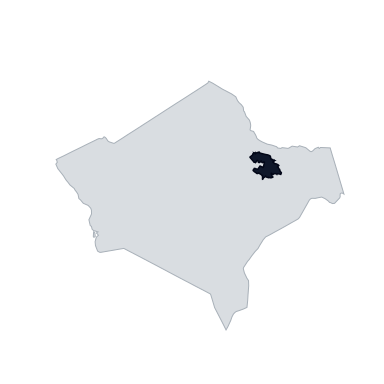 Turkana South, Rift Valley, Kenya (highlighted), rotated 118°
{"feature_id": "3690345B86728655085245", "entity_name": "Turkana South", "entity_type": "district", "adm_level": 2, "iso_a3": "KEN", "parent_name": "Kenya", "parent_adm1": "Rift Valley", "projection": "mercator", "projection_center": [35.73, 2.378], "detail": "fine", "context": "in_parent", "style": "filled", "palette": "ink", "viewbox_px": 384, "rotation_deg": 118, "n_neighbors": 0, "source": "geoboundaries", "source_scale": "gbopen_adm2", "svg_char_len": 7261}
<svg xmlns="http://www.w3.org/2000/svg" viewBox="0 0 384 384"><g transform="rotate(118 192 192)"><path d="M86.3,229.2L86.2,224.7L86.9,213.2L86.8,203.1L87.4,198.0L89.9,194.8L91.0,192.5L91.8,189.3L93.1,186.6L96.1,184.5L96.6,183.3L99.8,179.7L101.6,175.0L103.1,173.4L104.8,172.0L106.1,171.2L108.1,170.5L109.7,170.0L110.0,169.7L110.2,168.9L109.6,166.0L110.3,165.1L111.4,163.2L112.7,161.4L113.8,160.3L114.4,159.1L114.7,157.1L114.8,155.6L114.8,153.3L114.4,148.0L113.1,143.5L112.3,138.6L112.9,136.9L111.8,134.0L111.3,133.8L110.5,133.2L109.4,130.4L108.5,127.9L108.0,127.3L104.5,125.1L102.7,119.9L100.7,118.8L99.7,113.6L99.5,112.2L100.6,107.0L100.5,105.8L99.3,104.8L95.9,103.7L93.2,101.5L93.6,100.8L93.8,100.0L92.4,99.5L88.2,90.7L93.6,85.4L98.9,80.1L105.8,73.3L112.1,67.1L117.6,61.7L122.5,56.9L122.4,57.8L122.4,59.0L123.0,59.8L124.0,60.3L125.4,59.7L126.6,59.0L127.8,58.8L135.1,60.8L136.3,62.6L136.3,64.4L136.6,65.8L136.0,67.2L135.4,71.3L135.6,75.1L137.8,77.9L139.7,80.1L141.3,83.2L142.4,84.1L144.0,84.6L149.1,84.7L156.5,84.9L163.7,85.1L164.3,85.2L165.9,85.6L172.5,89.8L178.5,93.6L183.6,96.9L188.6,100.2L193.4,103.3L197.1,105.9L200.8,106.7L206.8,107.1L211.0,107.2L214.8,108.3L220.5,109.3L224.8,109.8L227.3,110.4L234.5,111.0L235.6,110.7L238.8,107.8L242.3,103.1L243.7,100.5L248.2,97.9L256.2,94.4L261.9,91.8L268.1,89.3L271.0,91.5L274.9,95.0L276.7,96.8L278.1,97.5L280.2,98.1L282.8,98.1L284.2,98.0L287.1,97.5L293.9,97.1L297.8,97.2L294.5,101.8L290.6,107.4L283.4,117.8L277.9,123.2L273.8,127.3L273.4,128.0L273.4,132.6L273.5,143.8L273.6,166.1L273.6,188.5L273.7,210.8L273.8,221.9L273.8,225.7L277.4,230.4L281.0,235.0L285.7,241.1L288.2,244.3L288.6,245.4L288.5,247.6L284.6,252.1L281.4,254.2L277.2,255.2L275.9,255.0L274.2,254.3L273.6,255.4L273.1,257.1L272.1,256.8L271.4,256.3L271.9,259.3L272.3,260.8L271.7,262.8L269.6,264.6L269.4,266.1L264.9,270.0L258.6,270.4L255.2,272.3L253.8,273.9L252.6,277.4L253.0,282.7L251.3,286.8L250.9,288.8L247.6,291.5L246.2,293.9L245.1,296.4L244.2,297.5L243.1,303.0L241.5,306.4L241.1,307.5L240.7,308.5L239.6,310.5L238.8,311.9L238.2,312.8L234.4,321.4L231.3,325.3L229.0,324.9L227.4,326.4L227.2,327.1L226.4,326.7L224.4,325.3L220.4,322.3L216.3,319.4L212.2,316.5L208.1,313.5L204.1,310.6L200.0,307.7L195.9,304.7L191.9,301.8L189.5,300.1L188.4,299.1L187.6,297.0L187.2,296.5L186.1,295.9L184.8,295.7L184.5,295.4L184.5,294.4L184.9,293.0L186.4,290.3L186.6,288.7L186.3,286.9L185.8,284.0L185.4,283.4L182.7,281.9L177.1,278.7L171.4,275.6L165.8,272.4L160.1,269.2L154.5,266.1L148.8,262.9L143.2,259.8L137.5,256.6L131.9,253.5L126.2,250.3L120.6,247.2L115.0,244.0L109.3,240.8L103.7,237.7L98.0,234.5L92.4,231.4L90.2,230.2L88.3,229.2L86.3,229.2ZM274.2,259.8L273.2,260.1L273.7,258.6L276.6,256.6L277.8,257.1L278.0,257.5L278.0,257.9L277.5,258.3L274.2,259.8Z" fill="#d9dde1" stroke="#a8b0b8" stroke-width="1"/><path d="M125.2,151.5L127.3,153.6L127.5,153.7L127.6,153.8L127.8,153.8L127.9,154.2L128.0,154.2L127.9,154.3L128.0,154.3L127.9,154.5L128.0,154.6L127.9,154.7L127.9,154.8L128.0,154.9L128.2,155.0L128.2,155.3L128.3,155.3L128.4,155.5L128.5,155.5L128.5,155.8L128.6,155.7L128.6,155.8L129.0,155.7L129.1,155.8L129.3,155.8L129.5,155.9L129.8,155.9L130.2,155.9L130.3,155.9L130.3,156.0L130.5,155.9L130.7,156.0L130.8,156.0L131.1,155.9L131.4,156.1L131.5,156.2L131.8,156.3L131.8,156.2L132.0,156.3L132.3,156.4L132.4,156.5L132.5,156.5L132.8,156.7L133.0,156.8L133.2,157.0L133.4,157.0L133.5,157.2L134.0,157.4L134.0,157.5L135.9,152.8L136.1,152.1L136.4,151.6L136.5,151.4L136.6,151.2L136.4,150.8L136.3,150.6L136.3,150.3L136.3,150.0L136.3,149.8L136.2,149.8L136.1,149.7L135.8,149.6L135.3,149.5L134.3,149.6L134.2,149.6L133.9,149.6L133.7,149.4L133.5,149.2L133.4,149.0L133.4,148.9L133.5,148.6L133.7,148.3L133.9,148.1L134.3,147.7L134.5,147.5L134.6,147.4L134.6,147.2L134.6,146.9L134.5,146.6L134.4,146.4L134.2,146.2L133.9,146.1L133.6,146.1L133.4,146.1L133.3,145.7L133.1,145.6L132.4,145.7L132.2,145.5L132.3,145.4L132.6,145.0L132.8,144.6L133.0,144.2L133.1,143.8L133.1,143.7L132.4,143.2L131.9,142.8L131.7,142.6L131.6,142.1L131.8,142.0L132.0,141.9L132.4,141.8L132.6,141.7L132.8,141.7L133.3,141.6L133.6,141.6L134.0,141.3L134.2,141.2L134.5,141.1L135.0,141.1L135.4,140.8L135.6,140.8L135.8,140.9L136.2,140.7L136.3,140.6L136.5,140.6L136.8,140.6L137.0,140.7L137.1,140.9L137.1,141.1L137.2,141.3L137.0,141.7L136.9,142.0L137.0,142.3L137.0,142.8L137.1,143.1L137.1,143.4L137.1,143.6L137.1,143.8L137.1,144.1L141.0,144.6L141.4,145.3L141.4,145.5L141.3,145.8L141.6,146.3L141.7,146.5L141.6,147.0L141.6,147.4L141.6,147.6L142.0,147.9L142.1,148.1L142.5,148.0L142.6,147.9L143.0,148.1L143.3,148.3L143.5,148.3L144.0,148.1L144.3,148.1L144.5,147.7L144.6,147.0L144.8,146.5L144.9,144.9L145.1,144.1L145.2,143.5L145.1,143.1L145.0,142.9L144.8,142.7L144.6,142.5L144.5,142.3L144.3,142.2L144.0,142.2L143.9,142.0L143.9,141.6L144.1,140.4L144.1,139.7L144.2,138.9L144.4,138.3L144.5,138.0L144.4,137.8L144.3,137.6L144.4,137.4L144.7,137.3L145.0,137.2L145.3,137.1L145.5,137.0L145.6,136.8L145.6,136.7L145.9,136.6L146.0,136.5L146.2,136.4L146.3,136.3L146.7,136.3L147.0,136.1L147.3,135.9L147.6,135.7L147.4,135.5L147.2,135.5L146.9,135.5L146.5,135.5L146.2,135.6L145.6,135.3L144.8,134.9L144.5,134.7L144.2,134.5L143.8,134.6L143.6,134.6L143.4,134.5L143.4,134.4L143.6,134.0L143.7,133.8L143.8,133.3L143.8,132.6L143.7,132.1L143.3,131.8L143.2,131.7L143.3,131.6L143.4,131.2L143.4,130.9L143.3,130.7L143.1,130.5L142.6,130.2L142.4,129.8L142.5,129.3L142.5,129.1L142.4,129.1L142.2,128.9L141.8,128.3L141.1,127.7L140.8,127.6L140.7,127.9L140.7,128.0L140.6,128.4L140.5,128.5L139.9,129.4L139.4,130.0L139.0,130.4L138.5,130.8L138.3,130.8L138.2,130.8L138.2,130.5L138.2,130.4L138.2,130.2L138.3,130.1L138.4,129.9L138.4,129.7L138.5,129.6L138.5,129.1L138.4,128.6L138.5,128.4L138.5,128.1L138.4,128.3L137.9,128.4L137.6,128.5L137.3,128.3L136.9,127.3L136.7,127.0L136.6,126.7L136.4,126.1L136.3,125.8L136.4,125.5L136.5,125.3L136.3,125.3L136.2,125.4L135.7,125.1L135.4,124.2L135.2,123.8L135.0,123.5L135.0,123.3L134.9,123.1L135.0,122.9L134.9,122.6L134.9,122.3L134.7,122.2L134.7,121.9L134.3,121.9L134.1,122.1L133.8,122.0L133.6,122.0L133.4,122.0L133.1,122.1L132.9,122.4L132.9,122.5L132.8,122.8L132.5,123.3L132.5,123.7L132.3,123.9L132.0,124.1L131.9,124.3L131.8,124.6L131.7,124.8L131.1,125.1L131.0,125.4L130.9,125.4L130.9,125.5L130.8,125.9L130.6,126.3L130.4,126.5L130.1,127.1L130.1,127.3L129.9,127.4L129.9,127.6L129.8,127.8L129.7,128.0L129.7,128.3L129.3,128.3L128.9,128.1L128.5,127.9L128.0,127.8L127.8,127.8L127.6,128.8L127.5,129.1L127.6,129.8L127.6,130.6L127.7,131.1L127.9,131.6L128.1,132.0L128.0,132.3L128.1,132.6L127.9,133.0L127.8,133.3L127.9,133.5L127.7,133.9L127.8,134.2L127.8,134.4L127.3,134.7L127.1,134.7L126.9,134.4L126.8,134.2L126.7,134.2L126.4,134.2L126.1,134.0L125.9,133.9L125.5,133.9L125.4,133.8L125.4,134.0L125.3,134.3L125.5,134.3L125.4,134.5L125.6,134.6L125.5,134.8L125.7,135.3L125.8,135.4L125.7,135.5L125.5,135.9L125.7,136.0L125.6,136.3L125.7,136.6L125.9,136.5L126.0,136.8L125.9,136.9L125.7,136.9L125.7,137.0L125.8,137.3L125.7,137.4L125.6,137.5L125.7,137.8L125.8,138.0L125.6,138.2L125.3,138.2L125.2,138.3L125.0,138.5L124.8,138.7L124.6,139.0L124.3,139.0L124.1,139.2L123.9,139.4L123.5,139.9L123.5,141.0L123.6,142.2L123.7,142.6L124.5,145.2L125.8,150.6L125.7,150.6L125.7,150.8L125.5,151.0L125.4,151.0L125.3,151.3L125.2,151.5Z" fill="#0f172a" stroke="#020617" stroke-width="1.5"/></g></svg>